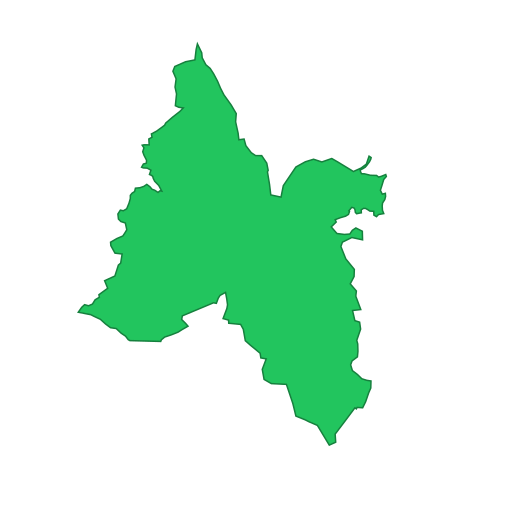 Goudi, Paphos, Cyprus (Mercator projection), rotated 214°
{"feature_id": "46923920B75616749522000", "entity_name": "Goudi", "entity_type": "district", "adm_level": 2, "iso_a3": "CYP", "parent_name": "Cyprus", "parent_adm1": "Paphos", "projection": "mercator", "projection_center": [32.446, 34.992], "detail": "fine", "context": "isolated", "style": "filled", "palette": "green", "viewbox_px": 512, "rotation_deg": 214, "n_neighbors": 0, "source": "geoboundaries", "source_scale": "gbopen_adm2", "svg_char_len": 3360}
<svg xmlns="http://www.w3.org/2000/svg" viewBox="0 0 512 512"><g transform="rotate(214 256 256)"><path d="M287.2,131.9L287.6,133.6L286.4,137.7L282.1,143.3L278.0,149.3L276.2,153.5L273.1,159.8L276.8,160.8L282.1,161.8L283.6,165.2L265.1,193.4L262.4,194.6L263.7,199.9L263.8,203.2L260.9,208.8L256.3,204.1L252.3,199.6L250.8,196.2L248.3,185.7L242.9,187.5L241.0,185.0L230.5,190.7L225.6,188.2L217.5,179.8L210.6,178.9L198.2,177.7L195.0,174.2L190.0,176.4L187.4,165.5L180.3,158.2L171.9,158.8L159.0,166.6L143.1,154.4L139.1,150.8L133.4,145.6L123.5,147.7L119.4,148.2L110.4,149.9L89.5,140.2L85.8,146.2L90.8,152.6L89.9,168.9L89.1,185.4L87.3,185.4L87.5,187.0L82.7,189.8L83.6,196.4L84.7,200.5L86.1,205.7L87.0,210.7L90.8,216.7L94.6,214.9L99.6,213.4L105.6,214.5L112.0,214.9L116.7,218.7L117.7,222.8L115.5,229.1L118.2,234.0L122.5,240.0L125.3,242.4L128.4,253.9L133.1,259.1L137.9,257.7L145.5,264.8L139.2,270.2L150.7,278.4L151.5,279.8L153.2,283.1L162.3,285.6L163.2,293.8L167.0,299.9L179.9,303.8L190.9,311.3L192.1,315.8L186.9,324.9L176.7,329.0L181.7,336.0L188.9,335.1L190.5,331.2L190.5,326.7L194.8,323.3L201.5,319.9L209.9,322.2L208.5,329.0L210.7,330.4L207.5,334.9L204.0,339.1L202.6,342.2L203.4,345.2L204.3,345.4L203.8,349.9L201.6,350.6L200.0,349.9L198.0,347.7L196.2,347.3L194.2,349.4L192.8,350.7L194.6,353.1L193.5,355.6L191.8,356.7L189.4,356.9L186.7,356.9L183.4,358.9L181.1,355.8L178.1,356.0L177.6,358.9L173.8,362.6L176.7,364.6L179.3,368.0L180.7,370.7L180.8,374.9L181.9,377.9L183.8,380.3L185.9,377.9L189.6,380.0L191.2,385.4L192.9,390.9L192.4,394.8L194.0,396.1L196.7,392.1L198.5,390.0L201.1,390.2L206.3,386.9L212.0,384.8L214.6,383.2L216.4,384.3L217.7,385.5L216.2,388.2L215.1,390.7L214.8,393.0L214.6,397.6L215.0,400.5L215.6,402.0L218.1,402.0L215.9,393.9L218.0,387.8L222.5,380.5L225.6,380.4L238.2,379.8L240.5,379.7L247.7,379.2L254.0,370.8L262.4,368.4L267.8,361.7L272.7,352.1L272.7,346.1L272.7,329.6L268.2,318.8L277.9,314.9L284.8,322.9L293.6,332.2L293.8,333.8L299.0,339.0L307.4,342.4L312.5,339.0L317.7,339.0L326.1,341.8L331.3,346.3L335.2,342.8L339.5,347.8L347.9,355.8L352.0,363.0L361.0,367.3L372.6,371.6L379.3,375.3L385.6,379.4L392.9,383.3L398.9,385.9L404.5,386.5L411.4,390.2L414.6,394.1L423.2,399.1L421.1,393.7L416.3,384.4L423.0,377.7L429.3,367.7L428.2,362.7L421.3,358.2L417.6,350.8L412.5,345.9L406.9,335.5L403.2,336.1L399.1,338.1L400.0,333.1L402.8,324.5L405.2,315.7L404.9,313.3L406.8,307.9L408.2,304.0L411.0,298.7L408.6,296.3L410.3,293.1L406.7,288.4L411.1,285.5L412.3,284.2L409.4,283.0L408.2,279.1L405.2,276.9L400.3,274.2L398.8,271.6L400.8,269.3L400.5,265.6L398.7,266.0L395.3,268.0L391.1,268.4L389.9,264.0L387.7,264.4L386.1,264.2L384.6,262.9L381.8,261.3L376.1,260.1L370.4,257.1L372.0,256.5L372.8,253.9L376.8,253.9L379.5,253.2L382.7,254.1L386.6,254.3L387.9,251.0L390.4,247.7L393.9,244.8L392.7,241.6L393.9,238.7L394.1,236.0L392.3,233.3L390.8,228.7L389.6,222.8L391.3,219.3L394.1,218.2L394.0,213.6L390.7,209.7L387.3,209.0L382.8,210.3L377.8,205.5L377.6,201.6L377.6,198.1L381.1,192.7L384.3,186.1L382.1,183.4L374.5,179.5L368.1,182.8L364.2,174.4L365.0,171.5L363.6,166.7L361.8,160.5L367.7,150.9L360.9,146.3L364.6,136.1L362.8,134.2L364.9,129.7L364.7,124.7L367.0,121.1L370.9,119.8L371.8,116.0L371.9,110.0L360.0,115.0L356.6,115.4L349.6,116.5L342.7,115.5L336.5,115.2L331.3,117.7L324.7,116.6L319.3,116.6L315.2,115.2L313.3,115.3L287.2,131.9Z" fill="#22c55e" stroke="#15803d" stroke-width="1.5"/></g></svg>